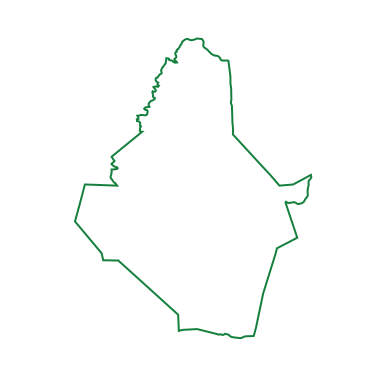 Santiago Ixcuintepec, Oaxaca, Mexico (orthographic projection), rotated 261°
{"feature_id": "50627088B58864234392064", "entity_name": "Santiago Ixcuintepec", "entity_type": "district", "adm_level": 2, "iso_a3": "MEX", "parent_name": "Mexico", "parent_adm1": "Oaxaca", "projection": "orthographic", "projection_center": [-95.545, 16.928], "detail": "fine", "context": "isolated", "style": "outline", "palette": "green", "viewbox_px": 384, "rotation_deg": 261, "n_neighbors": 0, "source": "geoboundaries", "source_scale": "gbopen_adm2", "svg_char_len": 3827}
<svg xmlns="http://www.w3.org/2000/svg" viewBox="0 0 384 384"><g transform="rotate(261 192 192)"><path d="M275.9,150.0L274.0,150.6L272.5,150.5L272.5,148.9L270.6,148.8L270.0,150.7L269.0,151.3L268.1,151.7L267.4,151.5L266.6,151.1L265.8,151.0L265.4,151.6L264.6,151.8L263.8,151.1L263.3,150.6L262.0,150.5L260.5,150.0L259.7,150.7L259.3,152.2L239.5,118.2L239.0,118.1L238.5,118.5L237.6,119.0L236.3,119.4L235.4,120.1L234.7,120.3L234.4,120.1L232.4,116.9L231.7,117.2L230.8,117.9L229.5,119.1L228.6,120.6L228.2,121.8L227.1,122.3L226.6,121.7L226.5,120.1L226.6,117.2L226.8,116.1L225.1,115.9L223.8,115.6L221.6,114.9L220.1,114.0L218.7,113.9L217.6,114.5L216.7,114.9L215.2,115.7L214.0,116.2L213.2,116.9L212.6,117.7L211.8,118.1L210.8,118.6L210.0,119.0L216.2,87.4L197.5,79.2L181.2,71.8L172.8,76.9L171.4,77.7L155.1,87.5L145.6,93.2L138.5,93.6L135.8,108.6L135.7,108.6L109.4,129.8L73.0,159.1L56.9,157.3L57.3,161.2L55.8,175.6L47.7,194.7L46.9,196.0L47.1,197.6L46.0,199.9L46.1,201.1L46.5,201.8L46.8,202.4L46.3,203.6L45.5,205.5L44.1,206.8L43.0,207.7L42.5,208.7L41.6,211.5L40.7,214.7L40.4,216.0L40.0,217.5L40.3,218.7L41.0,220.8L41.0,223.2L40.1,230.4L40.2,230.5L47.8,233.9L80.6,246.4L117.8,264.8L123.1,267.1L130.4,288.8L166.9,282.7L167.6,283.2L166.8,284.4L166.2,285.1L165.9,285.9L166.0,287.1L166.0,288.4L166.0,290.0L166.0,291.2L165.2,292.7L164.3,293.7L163.8,294.2L163.7,294.5L163.4,295.5L163.6,296.2L163.6,297.2L163.9,299.1L164.7,300.7L166.2,302.0L167.6,303.1L168.5,304.3L170.1,305.7L171.9,306.0L173.5,306.1L174.8,306.3L176.6,306.8L177.9,307.1L179.6,307.9L181.2,308.5L182.4,308.4L184.4,308.9L185.5,309.8L186.2,310.8L187.8,312.1L188.7,312.2L190.3,312.1L189.6,310.2L183.6,293.1L184.6,279.4L196.4,272.1L207.1,264.9L242.4,241.4L248.1,242.4L254.0,242.8L254.8,242.9L270.9,244.9L274.1,244.3L276.9,245.3L287.7,246.8L293.5,247.0L294.2,247.1L300.0,248.0L315.8,248.5L316.3,247.8L316.6,245.7L316.8,244.3L317.3,241.8L318.5,240.9L319.7,240.8L320.7,240.2L321.6,239.5L322.2,238.8L322.5,238.1L322.8,237.4L323.1,236.8L323.0,235.9L324.5,233.8L325.5,232.7L326.7,231.8L328.7,230.4L329.7,229.7L331.1,228.6L332.3,227.2L332.9,226.7L333.5,226.2L335.0,226.0L336.3,226.4L337.6,226.8L339.0,226.9L340.4,226.3L341.6,225.7L342.2,223.1L342.5,222.3L342.8,220.6L342.3,219.4L342.2,217.9L341.9,215.5L342.5,213.8L343.5,212.2L344.0,210.9L344.0,210.7L343.9,209.9L343.4,208.5L342.3,206.5L342.1,206.0L341.6,205.9L340.3,205.0L339.2,204.0L338.1,202.9L337.0,202.3L335.7,200.9L335.5,200.4L335.1,200.3L334.8,200.0L334.8,199.5L334.5,199.1L334.1,199.0L333.3,199.0L332.8,198.7L332.9,198.2L332.7,197.9L332.0,197.4L331.4,197.1L330.3,197.1L329.3,197.7L328.3,197.7L327.4,197.5L326.8,196.7L326.1,195.4L325.6,195.4L325.1,195.7L324.4,195.5L324.0,195.6L323.5,197.0L322.8,197.1L322.3,197.4L322.3,196.8L322.3,195.8L322.6,195.0L323.6,193.8L324.5,193.2L325.2,192.3L325.3,191.6L325.6,190.8L326.2,189.9L327.2,190.1L327.7,189.2L327.9,188.5L327.9,188.0L328.1,187.5L327.5,187.4L326.3,187.1L325.4,186.8L323.6,186.2L322.9,185.9L322.4,185.1L321.4,184.3L320.2,183.2L319.9,182.4L319.2,182.0L317.4,180.7L316.7,180.5L315.4,180.6L314.0,180.6L313.2,179.2L313.1,178.3L311.8,177.2L310.3,175.6L310.4,174.6L309.6,173.8L307.9,173.6L306.8,174.1L306.0,175.0L305.3,175.7L304.4,175.0L303.6,174.7L302.9,175.0L302.2,175.9L301.2,174.7L301.7,174.2L301.9,171.8L301.7,170.4L300.4,171.0L299.0,172.0L297.6,172.1L297.0,171.3L297.0,170.0L297.6,169.0L296.6,168.4L295.8,168.7L294.8,168.5L293.5,168.7L292.0,168.4L291.4,168.9L290.4,170.1L289.8,169.7L289.2,168.8L288.6,167.4L288.5,166.5L288.2,165.4L287.2,164.2L286.3,163.2L285.4,162.8L284.5,162.8L283.6,163.2L282.8,163.4L282.7,162.5L282.9,161.4L282.8,160.3L282.9,159.3L281.8,157.8L281.1,158.0L280.1,159.4L279.8,160.5L278.2,160.8L277.1,160.3L275.8,159.9L275.0,158.6L275.1,157.5L275.5,156.3L275.7,155.3L276.1,153.8L276.0,152.9L275.7,151.8L275.9,150.0Z" fill="none" stroke="#15803d" stroke-width="2"/></g></svg>